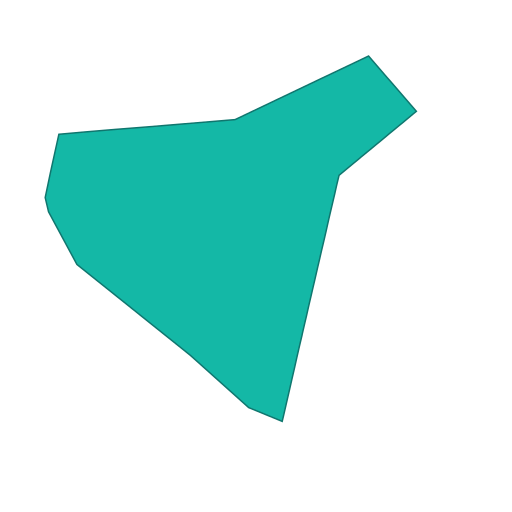 Vlieland, Netherlands (Mercator projection), rotated 256°
{"feature_id": "6326949B88716903522268", "entity_name": "Vlieland", "entity_type": "district", "adm_level": 2, "iso_a3": "NLD", "parent_name": "Netherlands", "parent_adm1": "", "projection": "mercator", "projection_center": [5.012, 53.205], "detail": "fine", "context": "isolated", "style": "filled", "palette": "teal", "viewbox_px": 512, "rotation_deg": 256, "n_neighbors": 0, "source": "geoboundaries", "source_scale": "gbopen_adm2", "svg_char_len": 991}
<svg xmlns="http://www.w3.org/2000/svg" viewBox="0 0 512 512"><g transform="rotate(256 256 256)"><path d="M407.6,181.5L412.9,149.9L417.2,123.4L421.8,94.2L393.5,80.1L386.0,76.4L363.7,65.6L349.1,65.4L291.1,80.2L249.4,112.0L175.6,168.2L110.7,212.2L89.2,241.4L94.2,244.0L100.7,247.3L107.6,250.8L117.8,256.0L128.5,261.4L138.3,266.4L145.5,270.0L148.5,271.5L159.3,277.0L167.8,281.4L169.1,282.0L173.6,284.3L179.3,287.2L185.5,290.4L191.9,293.6L198.0,296.7L204.8,300.2L210.5,303.1L217.5,306.7L223.6,309.8L230.7,313.4L237.5,316.9L245.0,320.7L250.6,323.6L257.2,327.0L263.1,330.0L270.7,333.8L277.4,337.2L284.2,340.7L290.8,344.1L297.0,347.3L305.4,351.5L314.2,356.1L318.4,364.8L321.9,372.1L325.9,380.5L326.6,381.8L327.9,384.6L329.9,388.8L333.6,396.6L334.4,398.2L338.0,405.8L342.3,414.6L345.7,421.8L348.9,428.4L349.0,428.8L352.3,435.6L355.5,442.2L357.6,446.6L394.0,428.2L397.4,426.4L422.8,413.6L411.9,359.7L402.8,314.9L393.4,268.7L407.6,181.5Z" fill="#14b8a6" stroke="#0f766e" stroke-width="1.5"/></g></svg>